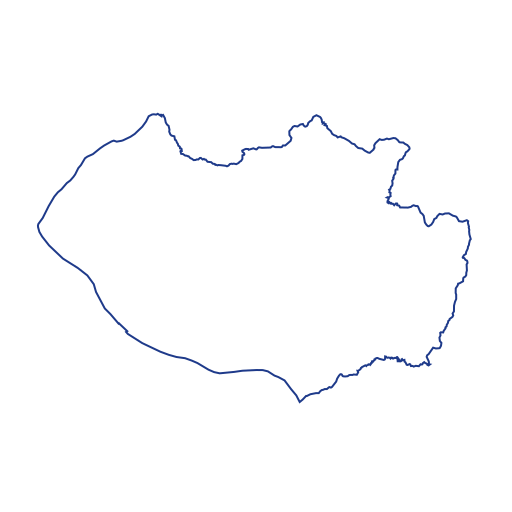 the district of El Guamo, Bolívar, Colombia, rotated 176°
{"feature_id": "7082276B46514766114019", "entity_name": "El Guamo", "entity_type": "district", "adm_level": 2, "iso_a3": "COL", "parent_name": "Colombia", "parent_adm1": "Bolívar", "projection": "albers", "projection_center": [-74.975, 10.036], "detail": "fine", "context": "isolated", "style": "outline", "palette": "blue", "viewbox_px": 512, "rotation_deg": 176, "n_neighbors": 0, "source": "geoboundaries", "source_scale": "gbopen_adm2", "svg_char_len": 6047}
<svg xmlns="http://www.w3.org/2000/svg" viewBox="0 0 512 512"><g transform="rotate(176 256 256)"><path d="M90.1,135.7L91.2,136.0L90.9,137.9L91.1,139.1L92.8,143.5L92.2,145.0L90.6,146.1L85.7,152.2L83.0,151.2L79.7,151.2L79.0,151.5L77.7,153.6L77.1,156.4L78.5,158.4L78.7,161.8L77.5,163.9L77.6,166.5L76.9,167.0L74.6,166.7L74.0,168.2L72.0,170.6L72.0,171.6L70.8,172.5L70.5,174.1L69.3,175.7L68.7,177.8L67.5,178.6L67.2,179.7L64.3,181.5L63.4,183.0L63.9,184.9L62.4,186.9L61.9,192.7L60.7,196.4L59.3,199.1L59.0,203.5L59.4,205.2L59.0,209.8L56.8,212.7L56.3,214.3L55.1,214.5L51.2,216.3L50.8,219.4L50.4,220.0L48.6,220.9L47.6,222.3L47.4,224.6L46.6,226.9L46.5,232.9L45.5,234.3L45.6,236.0L45.9,236.7L47.3,237.5L48.4,239.4L49.8,239.8L49.9,240.3L48.5,242.3L46.5,243.4L46.1,245.3L44.2,248.7L43.9,250.4L42.7,252.4L42.7,253.2L41.6,256.7L40.6,257.9L41.6,262.6L41.7,265.8L41.4,267.1L41.8,269.6L41.5,270.3L42.3,274.1L41.9,275.9L43.2,277.0L47.6,275.8L51.1,276.6L53.0,280.6L53.9,281.5L56.8,282.5L60.6,285.1L64.5,285.2L66.9,284.4L70.0,285.2L72.4,283.1L73.4,281.4L75.6,280.4L76.9,277.6L78.9,275.1L81.6,273.6L82.6,273.9L83.9,275.4L85.2,277.7L85.9,284.4L87.1,286.3L88.8,287.8L91.0,294.2L91.8,294.7L92.9,294.6L95.2,295.6L96.5,295.2L97.9,294.2L101.1,293.7L108.9,294.4L109.6,296.2L111.6,296.8L111.4,298.1L111.7,298.6L112.9,298.6L114.6,297.0L115.7,298.5L116.8,298.6L117.1,299.1L117.7,298.9L117.9,299.6L118.6,299.6L119.4,300.7L119.8,300.6L120.1,299.5L121.1,300.2L121.0,301.5L119.5,304.0L119.7,304.6L121.2,305.2L120.6,305.5L119.4,305.2L117.5,306.3L117.7,307.9L117.3,309.5L118.5,310.2L118.1,311.8L118.6,312.8L117.3,313.5L116.5,315.7L115.2,316.8L114.7,319.0L114.9,321.6L113.5,323.4L113.7,324.3L113.2,324.5L113.2,325.7L112.7,326.9L111.2,328.5L110.9,332.0L110.2,332.6L108.9,332.4L108.7,334.8L107.5,339.8L105.7,341.9L103.7,342.4L102.7,343.1L101.5,345.3L100.5,345.9L99.6,348.4L98.9,349.3L97.8,349.7L95.5,351.9L95.3,352.5L95.5,353.8L97.3,356.1L99.8,357.6L101.1,358.9L104.5,359.3L105.2,359.7L106.4,361.6L108.6,363.7L110.7,364.1L115.3,363.2L117.2,364.0L120.0,363.1L121.6,363.0L122.8,363.1L124.5,363.9L128.9,360.3L130.0,358.8L130.4,358.1L130.3,355.6L131.0,355.0L131.2,354.1L135.3,351.0L136.9,351.4L140.3,353.6L142.5,355.7L146.5,356.6L148.7,358.8L149.9,360.6L152.4,361.5L155.2,364.3L159.7,367.3L162.6,368.5L163.2,369.4L166.3,368.6L167.4,370.1L169.8,371.2L171.5,372.6L172.7,375.4L175.9,378.5L176.2,380.8L178.3,381.7L177.3,382.7L178.8,383.7L179.8,383.5L179.3,384.6L180.7,384.7L181.0,387.6L181.8,389.5L182.5,390.3L185.9,392.2L189.1,390.8L191.0,387.4L192.6,386.7L194.6,385.1L195.2,383.3L196.3,382.0L197.8,381.6L198.4,381.9L199.4,383.0L200.0,384.4L202.6,384.1L205.5,382.3L208.5,383.0L210.2,382.3L212.2,379.8L213.8,378.5L214.1,377.8L214.2,374.3L212.4,371.3L213.4,368.5L219.1,364.2L221.4,364.4L222.7,362.9L223.5,362.8L229.3,363.3L231.3,364.4L232.1,364.3L233.8,363.2L242.5,363.5L245.5,364.2L246.5,363.7L247.8,362.4L248.4,362.3L251.1,363.6L255.9,362.5L256.4,363.3L258.7,363.5L259.8,363.2L262.4,362.1L262.3,361.0L260.7,359.4L260.5,358.3L260.8,357.8L262.5,357.4L262.8,353.8L264.2,351.9L265.8,351.1L266.9,350.0L269.3,349.0L271.7,349.7L273.0,349.5L273.9,349.8L275.7,349.5L277.1,348.1L278.7,347.5L279.9,348.1L284.5,349.0L287.1,349.4L288.1,349.1L289.4,349.8L290.2,349.7L290.7,350.7L292.7,351.1L294.1,352.7L297.8,353.4L299.4,355.7L300.6,355.8L301.2,356.5L302.5,356.0L304.2,357.7L305.1,357.7L306.8,356.3L308.3,356.5L309.6,356.0L311.5,356.0L313.1,357.4L314.8,358.3L316.3,360.2L317.0,360.2L318.2,360.9L319.6,361.1L321.9,362.9L323.5,363.1L324.1,365.8L323.8,366.1L322.7,366.0L322.8,368.0L323.2,368.5L324.3,368.7L324.4,370.4L325.8,371.5L326.2,373.5L326.9,374.5L327.7,377.0L328.7,377.6L329.1,381.1L331.9,382.0L333.0,383.3L333.9,386.1L333.5,388.0L334.1,391.9L335.6,393.3L336.7,395.5L337.3,399.9L338.7,402.9L339.1,402.5L340.1,403.4L341.1,403.5L341.0,402.3L344.1,404.7L345.7,404.0L348.0,404.5L349.8,404.4L353.3,402.9L356.3,397.8L360.4,392.9L368.5,386.2L372.9,383.7L380.5,380.7L382.1,380.3L387.0,379.8L389.8,381.0L392.1,380.4L399.8,376.8L404.0,374.3L411.6,369.0L417.3,366.9L419.8,365.4L424.3,358.9L427.1,356.1L430.7,350.0L432.6,347.7L436.0,344.3L439.7,341.9L445.4,336.1L449.2,333.4L453.1,329.3L459.3,320.3L466.1,308.8L470.9,303.1L471.4,301.6L471.4,300.0L470.4,295.1L468.0,290.3L461.7,281.0L448.8,266.9L434.5,256.4L425.6,248.4L419.8,239.2L418.1,231.3L410.5,214.2L405.2,208.1L397.8,198.1L397.4,198.4L389.7,190.0L390.9,189.3L389.3,187.2L375.5,177.0L358.1,167.2L349.9,163.5L342.4,160.8L333.9,159.0L327.5,156.2L321.9,153.3L311.3,145.9L305.9,143.1L300.4,141.5L285.8,141.9L277.6,142.5L263.2,142.2L257.2,141.7L252.2,140.1L245.9,135.4L242.2,133.7L236.2,129.9L230.4,120.9L225.5,114.1L222.6,107.3L219.5,109.5L215.8,112.9L215.0,112.8L211.4,114.3L205.9,115.0L203.0,114.8L201.3,116.7L199.7,117.7L198.6,117.8L196.6,118.5L194.6,118.3L192.3,120.0L191.6,120.1L190.9,119.6L190.1,119.6L189.3,120.1L184.8,125.1L183.6,128.0L181.6,130.8L180.2,132.1L179.5,132.2L178.7,131.8L178.0,130.3L177.4,129.9L175.5,129.6L172.9,129.7L171.3,130.7L170.3,130.8L168.0,130.6L166.9,131.0L163.7,130.5L162.2,132.8L162.7,134.4L162.1,134.3L159.7,135.8L159.1,137.0L158.5,137.2L158.2,137.7L154.6,139.3L153.7,138.6L153.4,139.1L151.8,139.5L151.4,140.1L150.2,140.0L149.7,139.4L149.0,140.1L148.8,141.1L147.8,141.4L147.7,142.8L147.0,142.9L146.4,142.6L146.0,143.3L145.3,143.7L145.1,144.5L144.3,144.5L144.1,145.3L142.6,145.8L141.9,145.8L140.1,144.8L135.8,143.4L134.9,143.7L134.4,144.4L134.2,146.8L133.2,146.5L132.9,145.8L132.0,145.3L130.7,145.5L129.5,145.0L129.1,144.5L128.8,145.1L127.7,145.2L126.9,144.8L127.1,144.4L126.4,144.1L124.7,144.7L123.5,144.5L122.6,145.3L122.1,145.3L121.3,144.0L122.1,143.8L122.1,143.0L120.8,142.6L121.3,141.7L122.0,141.7L122.0,141.1L120.6,141.0L120.2,141.6L119.5,140.8L118.9,140.9L118.4,141.2L118.1,142.6L117.5,143.0L116.6,141.7L115.2,142.0L115.1,140.2L114.3,139.5L113.3,137.0L112.4,136.7L110.2,137.5L109.6,137.0L109.1,135.4L107.4,135.4L106.4,134.7L104.3,135.3L101.2,134.7L99.4,136.5L98.8,136.2L97.6,136.3L97.1,137.4L95.6,138.4L94.7,137.4L93.5,136.9L93.0,136.5L92.7,135.5L91.5,134.8L90.1,135.7Z" fill="none" stroke="#1e3a8a" stroke-width="2"/></g></svg>